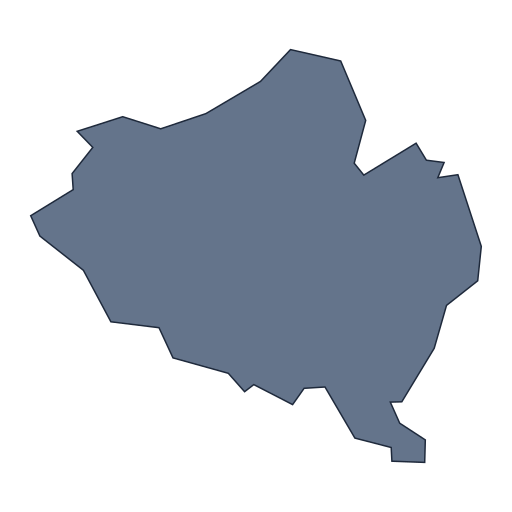 Kichevo, Kičevo, North Macedonia
{"feature_id": "65306769B34923793156893", "entity_name": "Kichevo", "entity_type": "district", "adm_level": 2, "iso_a3": "MKD", "parent_name": "North Macedonia", "parent_adm1": "Kičevo", "projection": "robinson", "projection_center": [20.955, 41.522], "detail": "fine", "context": "isolated", "style": "filled", "palette": "slate", "viewbox_px": 512, "rotation_deg": 0, "n_neighbors": 0, "source": "geoboundaries", "source_scale": "gbopen_adm2", "svg_char_len": 638}
<svg xmlns="http://www.w3.org/2000/svg" viewBox="0 0 512 512"><path d="M477.7,280.8L481.3,246.4L457.9,174.7L437.8,177.7L444.1,162.5L426.4,160.2L416.1,143.2L363.8,175.1L354.2,163.2L365.7,120.4L340.7,61.0L290.5,49.6L260.5,81.4L205.9,113.6L160.7,128.8L122.7,116.7L77.2,131.3L92.8,147.4L72.1,173.6L73.2,189.6L30.7,215.7L39.9,236.1L83.4,270.3L110.9,321.8L159.0,327.7L173.0,357.9L228.3,373.3L244.6,391.7L253.8,384.6L292.6,404.6L304.1,388.3L325.0,387.0L354.9,438.1L391.2,447.5L391.9,461.2L424.7,462.4L425.3,439.9L399.7,423.2L390.3,402.1L401.8,401.8L434.2,348.3L446.5,305.4L477.7,280.8Z" fill="#64748b" stroke="#1e293b" stroke-width="1.5"/></svg>